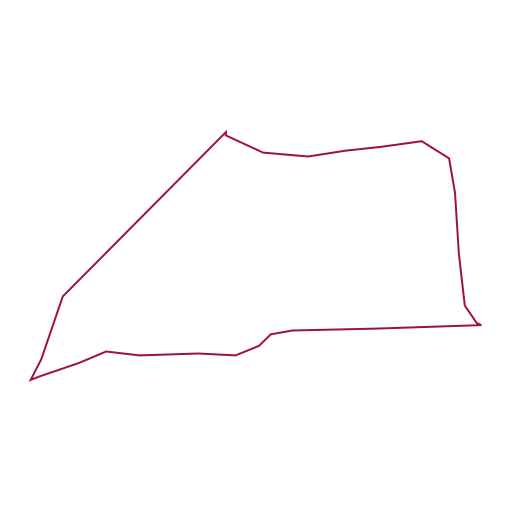 Jung-gu [Central District], Ulsan, South Korea (Robinson projection)
{"feature_id": "91817680B57927404517776", "entity_name": "Jung-gu [Central District]", "entity_type": "district", "adm_level": 2, "iso_a3": "KOR", "parent_name": "South Korea", "parent_adm1": "Ulsan", "projection": "robinson", "projection_center": [129.305, 35.564], "detail": "fine", "context": "isolated", "style": "outline", "palette": "rose", "viewbox_px": 512, "rotation_deg": 0, "n_neighbors": 0, "source": "geoboundaries", "source_scale": "gbopen_adm2", "svg_char_len": 446}
<svg xmlns="http://www.w3.org/2000/svg" viewBox="0 0 512 512"><path d="M225.9,132.1L62.8,296.4L41.3,359.2L30.7,379.9L39.6,376.4L78.8,363.0L106.2,351.5L139.5,355.4L198.3,353.5L235.6,355.4L259.1,345.8L270.8,334.3L292.4,330.5L376.6,328.6L481.3,325.1L476.6,322.9L464.8,305.6L458.9,254.0L455.0,192.8L449.1,158.4L421.7,141.2L380.5,146.9L345.3,150.7L308.1,156.5L263.0,152.6L225.8,135.4L225.9,132.1Z" fill="none" stroke="#9f1239" stroke-width="2"/></svg>